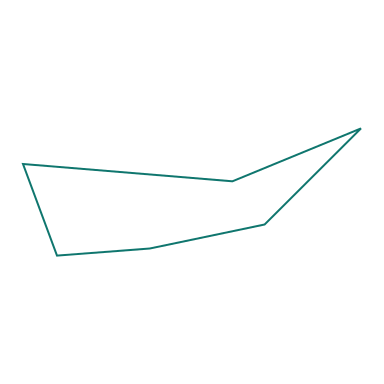 the Parish of Saint Paul Charlestown
{"feature_id": "KNA-5108", "entity_name": "Saint Paul Charlestown", "entity_type": "Parish", "adm_level": 1, "iso_a3": "KNA", "parent_name": "Saint Kitts and Nevis", "parent_adm1": "", "projection": "mercator", "projection_center": [-62.607, 17.137], "detail": "fine", "context": "isolated", "style": "outline", "palette": "teal", "viewbox_px": 384, "rotation_deg": 0, "n_neighbors": 0, "source": "natural_earth", "source_scale": "10m", "svg_char_len": 208}
<svg xmlns="http://www.w3.org/2000/svg" viewBox="0 0 384 384"><path d="M57.0,255.6L23.0,164.0L232.4,181.3L361.0,128.4L264.6,224.5L149.8,248.5L57.0,255.6Z" fill="none" stroke="#0f766e" stroke-width="2"/></svg>